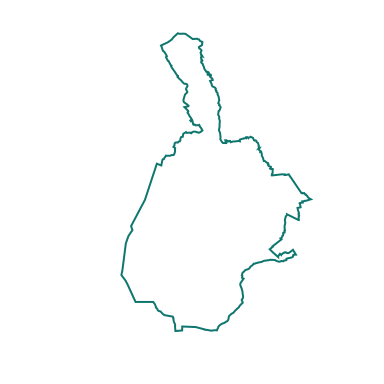 Atlautla, México, Mexico (Equal Earth projection), rotated 131°
{"feature_id": "50627088B45951855748023", "entity_name": "Atlautla", "entity_type": "district", "adm_level": 2, "iso_a3": "MEX", "parent_name": "Mexico", "parent_adm1": "México", "projection": "equal_earth", "projection_center": [-98.761, 19.016], "detail": "fine", "context": "isolated", "style": "outline", "palette": "teal", "viewbox_px": 384, "rotation_deg": 131, "n_neighbors": 0, "source": "geoboundaries", "source_scale": "gbopen_adm2", "svg_char_len": 5902}
<svg xmlns="http://www.w3.org/2000/svg" viewBox="0 0 384 384"><g transform="rotate(131 192 192)"><path d="M115.8,128.4L115.9,128.5L115.2,130.6L117.4,132.2L118.2,133.0L117.8,133.5L118.3,134.0L118.6,133.8L119.2,135.3L127.1,142.6L127.0,142.9L126.1,143.4L124.6,143.7L122.8,145.4L121.7,145.9L121.8,146.4L123.2,148.0L123.1,148.4L122.7,148.3L121.8,148.5L121.2,149.1L121.9,150.5L122.1,151.3L121.5,152.8L121.2,153.0L120.8,152.8L120.7,153.7L120.4,153.8L120.7,154.7L120.9,157.5L121.5,158.1L119.6,161.1L118.9,163.0L117.6,164.2L116.5,165.8L116.2,166.3L117.0,166.8L116.3,167.3L116.2,168.9L115.7,169.6L114.7,169.8L115.6,170.3L114.9,170.4L114.3,171.0L114.2,170.9L113.8,171.7L113.4,171.7L111.7,174.4L111.9,176.0L111.3,176.9L111.2,177.8L112.2,178.6L112.3,179.2L111.2,181.4L111.3,181.7L111.3,182.1L111.8,183.8L112.1,183.7L114.0,185.2L114.4,185.0L114.4,186.4L115.2,187.1L115.9,186.6L116.0,187.0L117.6,187.9L117.6,188.1L119.4,189.3L120.9,190.2L121.5,190.1L122.3,189.1L123.0,190.4L125.7,192.8L127.0,194.2L129.1,195.5L128.5,196.8L130.0,198.2L130.3,199.4L130.8,198.7L131.4,200.4L132.7,198.4L134.7,200.8L134.7,201.6L133.6,205.3L132.0,206.3L129.0,209.6L127.6,212.3L124.5,214.1L122.6,215.8L120.1,217.6L118.6,220.0L117.6,220.5L117.0,221.5L116.5,223.0L113.5,225.0L112.8,224.7L112.4,224.8L109.4,225.9L108.9,226.7L108.8,228.3L108.0,228.6L107.8,230.4L104.8,231.7L102.5,234.6L101.5,236.9L100.9,237.2L100.4,237.9L100.5,238.9L100.2,239.8L99.6,239.9L99.3,241.5L98.4,241.8L98.1,243.1L98.9,245.9L98.2,247.5L97.7,247.8L96.3,251.2L93.8,249.8L93.1,251.1L93.2,253.1L93.0,254.4L92.7,254.5L92.1,254.0L91.7,254.0L91.3,254.4L91.2,255.2L93.1,256.7L93.2,257.2L92.9,257.6L92.3,257.8L91.6,257.0L90.9,257.6L90.8,258.3L91.0,259.0L91.4,259.5L91.8,259.5L91.9,260.3L91.6,260.7L91.3,262.4L90.7,263.9L89.6,265.4L89.0,267.0L88.3,267.9L88.4,269.2L88.0,270.3L87.5,270.4L87.0,270.9L86.5,271.0L86.4,270.3L86.2,270.3L86.0,271.4L85.7,271.3L85.0,273.0L84.6,273.4L84.2,273.3L83.9,273.5L83.0,274.5L82.7,273.4L81.8,276.0L81.1,277.0L79.1,277.5L78.7,278.7L78.8,280.9L78.2,281.8L77.5,281.8L74.6,280.8L72.8,282.1L72.0,282.4L72.0,283.1L72.7,284.6L72.7,285.4L72.2,286.6L72.9,287.9L72.9,288.6L76.1,291.8L76.9,300.6L78.1,302.3L80.9,305.3L81.5,306.8L87.2,307.5L90.2,307.3L94.8,308.4L101.8,311.5L102.5,309.9L104.5,306.6L104.4,305.0L104.9,303.0L106.0,300.0L107.3,300.1L107.6,299.4L108.8,296.3L108.5,295.8L110.3,291.0L110.1,290.4L110.9,290.1L111.4,288.7L112.5,284.1L114.0,278.9L113.7,278.6L114.4,277.9L114.7,278.0L114.9,275.7L114.9,273.5L115.3,271.1L115.4,269.4L115.2,268.6L114.1,267.1L114.1,266.3L114.4,265.5L115.4,264.7L116.8,264.6L118.3,264.0L119.6,261.1L120.1,261.0L123.1,261.2L127.5,259.2L128.9,258.2L129.5,256.9L129.1,253.0L129.2,251.2L129.7,251.0L132.9,253.4L133.3,248.1L133.9,247.5L134.8,247.6L135.1,247.3L135.4,245.9L136.5,243.1L136.6,242.0L137.4,239.8L139.1,240.2L139.3,239.2L137.7,238.9L138.0,238.3L140.1,235.7L140.2,235.2L139.9,235.1L140.1,234.8L139.2,233.8L139.4,233.2L139.1,232.7L138.1,231.9L137.7,231.1L136.6,230.6L137.6,228.4L137.9,226.3L138.5,225.6L138.7,224.5L141.1,224.9L142.8,225.7L143.3,227.1L143.7,227.4L144.0,228.6L144.9,229.9L146.0,230.8L147.3,231.3L147.9,231.0L148.3,231.2L148.5,232.4L150.9,234.9L150.7,235.8L153.1,236.6L154.0,236.7L156.4,235.2L157.5,236.2L158.6,236.0L159.8,235.5L160.8,234.6L161.7,234.4L162.8,235.2L164.1,235.2L164.9,236.4L165.7,237.0L167.2,236.8L168.5,235.7L170.1,235.6L169.9,233.5L171.3,232.7L172.0,231.7L174.1,230.6L175.9,230.1L176.4,230.3L177.6,231.7L178.9,232.2L181.8,235.6L182.8,235.2L184.2,235.3L185.2,234.8L185.5,234.8L186.5,235.5L187.0,235.5L192.1,232.6L193.7,237.1L228.7,222.4L257.7,215.6L259.8,212.0L266.9,211.1L274.2,208.2L296.7,193.2L301.0,190.8L302.5,183.9L304.3,179.4L312.0,162.5L300.4,149.1L300.7,148.3L300.8,147.2L301.3,145.8L302.5,143.6L302.8,143.5L303.0,141.7L303.5,140.6L303.7,139.3L302.8,137.3L303.2,134.1L303.0,132.9L303.1,132.2L298.7,124.8L298.9,123.9L299.7,123.3L299.9,122.6L300.4,122.4L302.0,120.2L302.8,118.3L303.7,117.2L304.2,117.0L307.8,113.3L303.0,108.6L299.9,111.1L291.5,100.6L287.4,92.3L287.6,92.1L286.4,90.5L283.9,86.3L282.0,84.8L280.0,82.4L279.2,82.8L277.3,83.2L276.4,83.7L275.3,83.8L273.1,83.4L271.3,82.8L270.1,81.9L265.9,80.6L264.4,80.9L261.9,82.4L261.0,82.6L258.0,82.3L255.9,81.5L253.0,81.6L247.9,81.0L246.7,81.4L242.2,81.1L240.9,83.6L240.5,83.9L239.7,83.8L238.5,84.1L237.3,84.9L235.6,87.0L233.7,89.0L232.0,91.7L231.0,93.8L229.9,95.2L228.5,95.7L223.5,96.2L223.5,96.4L224.1,97.0L223.8,98.1L222.3,98.9L222.2,99.7L220.0,100.8L219.1,100.8L217.8,100.5L216.3,100.6L215.4,100.3L214.2,99.4L212.2,98.6L209.8,98.9L207.5,98.3L205.6,98.4L205.1,97.6L204.1,97.3L203.0,96.4L202.1,96.0L201.1,95.1L199.3,93.9L199.1,93.6L197.0,92.7L195.0,91.1L194.7,90.7L193.9,90.2L193.4,89.5L191.5,88.3L191.2,87.5L190.2,86.6L188.8,84.4L188.5,82.6L187.6,80.7L186.5,79.7L185.4,79.3L184.5,77.7L184.0,77.5L183.3,77.6L181.6,76.1L181.2,76.2L180.5,76.9L180.1,76.8L176.3,74.0L175.0,73.4L174.0,73.6L173.2,74.3L172.9,74.3L171.1,72.5L169.4,77.9L172.8,78.5L174.7,79.1L175.7,80.1L175.9,81.5L176.5,82.3L176.9,82.2L177.6,82.8L179.2,83.3L179.5,83.2L180.4,83.5L181.0,83.3L180.9,85.1L182.0,85.1L182.8,84.8L183.9,85.0L184.6,84.3L184.5,91.4L184.2,95.8L180.3,95.1L180.2,95.6L169.0,93.4L168.9,94.7L168.1,94.2L167.2,94.6L166.2,94.6L165.6,95.1L164.9,94.9L163.5,95.6L163.4,96.1L162.9,96.4L161.7,95.6L161.3,95.8L160.7,96.8L160.0,96.7L159.7,97.3L159.2,97.5L158.4,98.6L156.6,100.0L155.0,100.8L153.9,101.5L152.3,103.5L148.9,105.2L147.5,105.2L146.8,105.4L146.5,105.7L143.3,93.4L143.1,93.0L142.6,93.3L142.2,94.1L141.3,94.8L140.7,95.0L140.4,95.5L139.6,95.6L139.4,96.2L139.0,96.5L138.9,97.0L138.4,97.0L137.9,97.6L137.6,97.6L136.3,100.0L134.8,101.9L132.3,100.0L130.1,102.7L129.9,103.4L129.4,103.3L127.3,101.5L126.7,102.6L125.0,101.1L124.5,101.0L124.0,100.3L119.5,97.5L120.0,100.2L119.9,101.1L119.3,102.5L119.5,102.9L119.2,104.3L119.6,104.6L119.2,106.6L120.1,107.2L120.1,107.8L120.6,107.9L121.0,108.7L115.8,128.4Z" fill="none" stroke="#0f766e" stroke-width="2"/></g></svg>